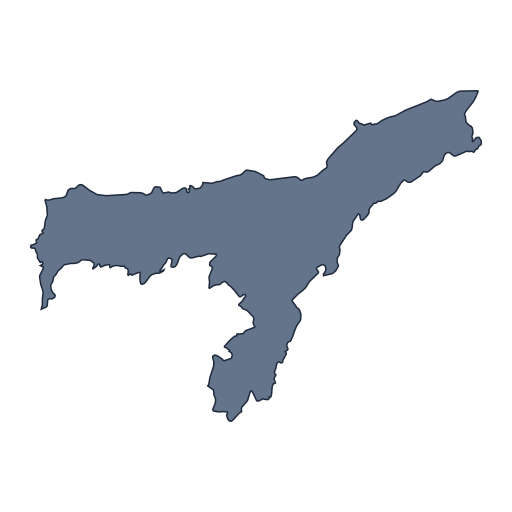 outline of Assam
{"feature_id": "IND-2477", "entity_name": "Assam", "entity_type": "State", "adm_level": 1, "iso_a3": "IND", "parent_name": "India", "parent_adm1": "", "projection": "natural_earth1", "projection_center": [92.64, 26.061], "detail": "fine", "context": "isolated", "style": "filled", "palette": "slate", "viewbox_px": 512, "rotation_deg": 0, "n_neighbors": 0, "source": "natural_earth", "source_scale": "10m", "svg_char_len": 6032}
<svg xmlns="http://www.w3.org/2000/svg" viewBox="0 0 512 512"><path d="M45.4,199.5L47.7,200.2L49.2,200.0L53.7,198.7L61.8,197.9L64.5,197.0L66.3,195.3L68.1,190.1L70.5,188.5L74.4,188.5L75.7,188.0L78.8,185.1L80.3,184.6L82.6,185.0L89.2,190.1L97.1,194.6L106.3,195.7L126.9,194.4L130.8,192.5L140.4,192.7L142.9,193.3L145.9,195.1L147.4,195.0L150.9,193.3L151.8,192.3L153.9,187.9L155.2,186.9L156.2,186.8L160.1,187.3L162.4,192.2L163.3,193.1L168.5,192.0L171.6,193.0L176.2,192.6L182.8,188.3L184.9,187.9L186.2,188.7L186.8,191.3L187.6,192.5L188.7,192.6L189.3,191.6L189.2,190.2L188.3,189.1L189.9,188.3L189.7,185.9L190.8,185.6L192.0,186.1L194.3,188.2L195.5,188.9L199.8,188.2L202.4,185.4L203.0,182.5L212.2,183.3L217.0,181.6L220.6,181.3L223.2,180.1L236.1,175.8L240.2,175.0L242.7,173.3L245.4,170.6L246.8,170.1L255.0,171.4L263.6,175.7L264.3,177.6L265.7,178.7L269.6,179.8L294.7,176.7L296.5,177.0L297.9,177.7L300.8,180.3L302.2,180.1L305.4,178.5L312.9,177.2L317.4,175.3L322.0,171.0L326.7,167.6L327.3,166.0L326.6,163.7L326.7,161.5L328.1,158.8L337.7,147.8L343.6,142.8L356.1,130.8L357.1,128.9L356.5,127.5L354.2,124.7L353.9,123.4L354.3,122.2L356.0,120.4L356.6,120.3L357.7,121.1L359.3,123.2L361.7,123.9L363.8,125.1L370.6,123.1L372.4,125.0L374.2,124.0L376.1,124.1L378.2,123.2L381.8,120.5L385.7,118.6L389.9,117.0L395.3,115.8L405.9,110.0L426.9,101.7L431.0,99.2L435.4,101.1L438.3,101.3L444.3,100.0L447.9,98.6L456.9,92.2L460.1,91.1L477.5,90.8L478.2,91.2L475.8,97.2L473.2,101.8L467.0,109.6L465.2,112.4L464.4,114.4L465.3,116.3L466.1,122.1L468.9,125.0L471.3,126.5L472.4,128.1L473.0,133.2L471.9,136.2L472.0,137.2L472.7,138.3L472.3,140.7L472.5,141.4L472.9,141.6L473.5,141.1L476.2,137.6L478.9,137.3L481.1,140.4L481.3,143.6L481.0,144.6L478.8,146.1L477.6,148.7L475.4,149.7L474.5,151.6L473.7,152.2L471.4,151.2L469.6,151.6L466.4,151.3L455.4,156.1L453.8,155.9L449.4,152.6L447.6,152.5L445.9,153.4L444.3,155.1L442.6,160.7L439.8,163.7L435.1,165.9L428.4,171.6L426.7,172.1L424.0,171.8L423.0,172.2L420.5,175.7L411.2,181.9L409.8,182.3L407.5,182.0L405.0,180.2L404.0,180.0L400.9,183.0L395.7,191.6L393.3,193.9L386.5,198.7L380.7,201.4L378.0,201.3L376.0,203.1L373.6,203.4L369.5,208.5L369.1,209.6L369.0,212.8L367.3,215.6L363.7,219.4L362.4,220.1L361.0,219.8L360.3,218.6L359.8,214.9L358.3,213.8L353.0,221.5L352.6,223.0L352.2,227.5L351.3,230.4L346.5,235.3L339.8,245.5L339.4,247.2L340.0,250.0L339.4,254.7L337.4,257.8L337.1,259.0L337.3,262.6L338.5,265.9L335.6,271.0L332.5,273.5L323.6,275.7L323.3,274.4L325.3,271.4L325.8,269.5L325.6,267.1L324.8,265.4L322.1,264.6L316.9,267.5L316.4,268.8L318.5,271.9L318.4,272.9L309.5,281.5L305.5,287.8L302.2,290.9L298.1,294.0L292.3,299.9L292.2,300.8L292.5,301.5L295.6,305.6L296.5,307.3L298.7,308.9L299.8,310.7L300.9,314.2L300.7,319.2L300.2,320.9L298.4,323.1L296.3,326.7L294.3,331.6L292.9,336.1L290.5,341.1L288.3,341.9L287.0,343.7L286.8,346.0L288.0,349.0L287.2,350.3L285.3,351.5L286.2,352.9L286.3,354.0L283.1,359.8L282.5,362.4L281.2,363.0L278.9,361.8L277.5,362.6L276.7,364.1L275.7,368.7L274.5,371.8L274.8,373.9L275.9,374.8L274.0,378.8L275.5,382.9L274.8,383.5L273.6,383.7L272.9,384.4L272.1,387.5L271.6,394.2L270.9,396.8L269.2,396.9L269.6,398.1L267.8,399.7L264.3,399.3L263.3,398.7L258.6,401.0L256.7,400.8L252.9,392.8L251.6,391.1L251.0,390.9L250.2,391.9L247.5,400.6L242.0,407.0L241.4,408.2L241.5,411.8L239.0,413.3L232.8,420.2L231.2,421.2L229.3,420.9L227.8,419.1L226.6,415.5L227.6,412.6L227.2,411.9L223.3,411.6L218.3,411.9L213.5,411.0L212.7,409.6L215.1,403.4L215.6,400.8L215.4,398.4L213.9,394.8L213.7,391.2L213.3,389.9L207.7,385.9L208.7,384.4L210.1,376.9L213.7,365.8L213.8,361.7L212.6,357.5L212.9,356.0L215.0,355.0L217.7,356.0L222.6,359.3L223.0,360.3L224.2,360.7L231.1,358.4L232.3,355.7L231.5,352.9L229.1,351.3L229.7,350.7L229.4,350.3L226.4,347.8L224.6,347.2L224.5,346.3L229.4,340.8L233.4,337.1L235.1,336.1L236.8,335.8L237.0,333.9L239.9,334.0L243.3,333.5L245.5,330.7L254.4,327.3L254.9,326.7L253.6,324.7L253.1,322.6L253.9,318.8L253.3,316.9L247.0,310.4L242.4,308.5L241.2,306.6L238.9,305.3L238.7,304.7L239.0,304.1L242.4,301.0L243.9,298.3L245.4,296.6L245.7,295.8L245.3,294.6L243.8,294.5L241.1,296.4L240.1,296.8L239.3,296.6L234.2,290.2L231.1,286.9L227.9,284.4L226.6,282.5L224.3,281.4L222.3,282.4L219.6,284.6L216.1,284.9L213.3,285.7L209.8,288.2L209.3,288.2L209.0,287.8L209.5,282.2L209.0,276.9L212.4,268.2L211.9,266.5L209.9,265.7L209.6,264.8L209.7,263.0L210.2,261.9L215.8,256.5L216.4,255.0L216.0,254.2L208.8,253.7L201.0,256.4L198.7,256.2L191.7,258.0L189.4,257.5L186.4,254.5L184.8,253.6L183.5,253.7L182.5,254.2L179.6,257.2L177.1,264.0L175.4,266.3L173.9,267.2L171.7,267.0L171.0,266.4L171.1,264.6L172.0,261.3L172.0,259.9L171.5,259.0L169.2,258.0L168.2,258.3L167.5,259.0L165.8,262.6L163.3,265.4L161.8,268.2L159.7,270.7L159.9,271.1L161.4,271.3L164.0,269.7L163.6,270.8L159.7,273.1L155.7,273.3L151.7,274.7L149.5,276.6L148.4,278.5L145.2,282.5L143.9,283.7L141.8,284.3L140.8,283.8L140.2,281.7L139.9,277.2L140.2,273.5L140.0,272.5L138.8,272.4L131.9,275.2L130.4,273.9L128.3,275.3L127.9,275.0L127.8,274.3L128.2,272.0L128.2,269.9L127.1,268.5L125.2,267.9L124.3,266.1L120.8,266.3L116.8,265.4L112.9,266.1L110.3,267.7L109.7,266.8L109.5,264.7L108.6,264.5L104.2,265.6L100.8,267.1L100.1,266.5L99.6,264.3L98.4,263.9L96.2,266.6L93.0,268.9L92.8,268.8L92.9,268.0L94.3,264.6L93.8,262.9L90.2,260.4L83.3,259.8L81.6,260.0L78.1,262.6L75.0,263.4L70.5,263.5L64.7,264.7L63.6,265.3L61.4,268.0L57.9,271.0L56.4,273.9L53.6,277.2L52.7,281.6L51.0,284.7L50.7,286.6L51.3,289.8L52.5,292.2L54.9,294.7L55.2,295.6L54.8,297.1L52.5,298.8L49.2,298.8L48.0,299.4L47.6,300.5L47.3,305.3L46.5,306.9L41.2,309.2L42.3,304.9L42.4,298.5L43.1,292.5L42.4,289.1L40.8,284.8L39.6,277.1L39.9,275.0L43.0,269.1L43.3,267.1L40.3,265.6L42.7,264.2L42.9,263.0L41.9,261.6L40.6,262.5L40.1,262.3L37.8,258.5L37.4,257.7L37.4,254.1L35.9,251.5L35.2,248.8L34.3,248.1L31.8,248.1L30.7,247.5L30.9,245.3L33.0,244.8L36.4,243.2L36.6,242.6L36.1,240.4L36.2,239.8L38.1,238.8L39.7,234.9L43.1,233.2L43.2,232.7L42.1,231.5L42.1,230.4L44.2,228.6L45.3,221.0L46.4,217.6L47.4,215.7L46.8,206.8L45.1,200.6L45.4,199.5Z" fill="#64748b" stroke="#1e293b" stroke-width="1.5"/></svg>